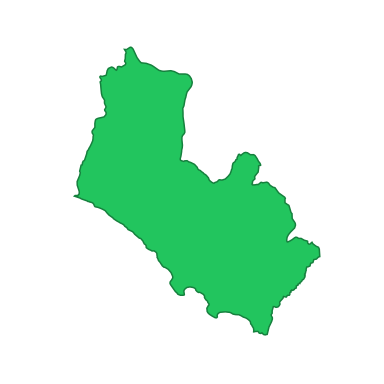 Kaur, Bengkulu, Indonesia (Equal Earth projection), rotated 351°
{"feature_id": "22746128B79405855452274", "entity_name": "Kaur", "entity_type": "district", "adm_level": 2, "iso_a3": "IDN", "parent_name": "Indonesia", "parent_adm1": "Bengkulu", "projection": "equal_earth", "projection_center": [103.389, -4.591], "detail": "fine", "context": "isolated", "style": "filled", "palette": "green", "viewbox_px": 384, "rotation_deg": 351, "n_neighbors": 0, "source": "geoboundaries", "source_scale": "gbopen_adm2", "svg_char_len": 6049}
<svg xmlns="http://www.w3.org/2000/svg" viewBox="0 0 384 384"><g transform="rotate(351 192 192)"><path d="M75.2,177.7L80.5,180.5L81.5,181.4L87.2,184.5L87.7,185.1L89.1,185.5L89.6,186.0L90.1,186.1L91.9,187.0L92.5,187.7L93.1,188.8L93.5,190.6L94.0,191.4L96.6,192.4L98.1,193.2L101.1,195.1L103.4,196.9L104.8,199.4L106.4,201.8L109.9,205.2L110.2,206.0L113.3,208.9L115.8,210.8L116.2,211.3L117.4,212.0L118.9,213.2L119.6,214.0L120.3,215.4L122.0,217.0L123.0,219.1L127.0,221.8L127.9,223.0L128.7,224.6L132.1,228.6L132.7,229.3L134.1,229.9L136.0,233.0L136.2,234.2L136.5,234.7L136.6,235.6L137.9,236.9L138.3,237.7L138.1,239.6L138.2,239.9L139.7,241.4L140.8,242.3L142.0,242.9L142.8,243.7L143.4,244.0L145.4,244.2L147.1,245.9L147.7,247.2L147.5,248.8L147.6,250.1L147.3,251.2L147.8,252.3L148.2,254.5L149.5,256.5L150.2,258.3L150.8,259.2L150.9,260.0L152.4,261.8L153.7,262.3L156.4,264.6L158.7,268.3L159.6,271.8L159.7,272.9L159.5,273.9L158.1,275.7L156.5,277.2L156.1,278.2L156.0,279.1L156.5,280.5L160.0,287.7L161.4,289.4L161.9,290.6L163.0,291.4L164.5,292.2L167.4,292.6L168.3,292.4L168.4,292.0L168.4,289.8L168.5,288.3L169.1,287.5L169.9,286.7L172.0,285.5L175.1,285.4L178.2,286.5L179.5,287.3L180.3,288.2L180.4,289.5L181.4,291.1L182.6,292.2L184.0,292.3L185.0,293.0L187.2,294.9L188.0,296.4L188.1,297.1L187.8,297.7L188.1,299.0L188.9,300.7L190.2,302.2L190.3,302.6L190.4,303.7L191.3,305.2L191.2,306.1L190.9,306.4L190.6,306.4L189.5,307.9L189.0,308.4L188.5,309.2L188.3,312.5L189.2,314.4L190.3,315.7L192.5,317.7L195.2,319.8L196.4,320.1L196.8,320.0L197.5,319.4L197.5,317.9L198.3,316.5L199.5,315.7L201.0,315.2L206.2,315.6L208.7,316.3L210.3,316.7L211.8,317.6L213.4,319.0L215.8,319.9L219.2,320.6L221.4,322.1L223.0,323.5L225.3,324.7L226.7,325.8L228.1,327.3L229.3,329.0L229.4,331.5L230.4,333.2L230.5,334.0L231.4,336.0L231.4,338.3L231.1,339.3L231.0,339.8L231.4,339.9L231.9,339.6L235.3,340.0L235.6,340.3L236.3,341.9L237.9,342.5L239.0,342.0L239.7,343.1L240.8,344.2L242.3,344.6L242.9,344.3L243.5,344.5L244.0,344.4L246.9,337.4L250.3,332.5L251.5,330.1L251.7,328.5L251.0,326.7L251.0,325.6L252.2,324.3L252.6,321.8L254.4,317.9L255.5,318.1L256.6,318.9L257.5,319.1L259.1,318.9L260.5,317.8L261.4,316.4L261.2,315.3L261.6,314.1L265.2,311.2L266.0,309.5L268.5,310.5L268.9,310.4L269.7,309.3L270.4,309.0L271.9,309.2L272.5,308.7L273.0,306.6L274.2,306.2L274.0,305.3L274.1,305.1L274.7,304.9L275.1,304.5L275.5,304.9L276.1,304.7L276.6,304.8L277.1,304.3L277.7,304.4L278.6,303.3L279.7,303.3L280.2,302.2L280.3,301.1L282.2,300.5L282.2,299.7L282.9,299.6L283.7,299.0L284.3,299.2L284.4,298.4L286.2,297.5L287.4,295.9L288.4,295.8L290.2,293.6L290.4,293.1L290.2,292.6L290.2,292.2L290.8,291.8L290.8,291.4L290.4,290.7L291.5,289.7L291.7,288.7L292.5,287.3L292.6,286.3L293.5,284.2L293.9,283.9L294.7,284.1L297.0,283.5L298.0,281.0L300.4,280.6L301.7,277.8L304.4,277.7L306.7,276.0L308.1,275.8L308.8,268.3L308.3,266.4L305.9,264.8L303.4,262.2L302.9,261.2L302.7,260.4L302.1,260.6L300.8,261.7L299.9,261.9L299.3,261.8L298.4,260.8L298.3,260.1L298.5,258.9L298.4,258.6L295.2,257.1L292.5,254.9L290.1,254.5L288.4,253.1L287.3,252.9L286.1,253.3L283.3,254.8L281.3,255.6L278.9,256.3L278.3,256.2L277.9,255.1L278.3,253.2L278.9,251.5L280.5,249.3L282.8,247.2L287.7,243.6L289.0,241.0L289.1,239.5L288.8,238.2L286.8,233.9L287.4,229.0L286.6,227.8L285.7,220.8L285.4,220.1L284.4,219.4L282.1,217.1L282.5,215.3L282.5,214.2L283.2,212.9L282.7,211.6L277.6,206.6L276.4,204.4L274.6,200.7L272.7,199.9L270.1,197.5L268.9,195.1L267.5,194.0L263.2,194.0L262.4,193.4L261.5,193.3L258.4,195.1L257.6,194.7L255.2,194.8L253.0,194.5L252.6,194.0L252.5,193.4L253.2,192.6L253.2,191.5L254.2,190.2L256.2,188.9L256.2,186.7L257.3,185.5L259.9,183.1L260.2,183.0L260.7,181.8L261.8,178.1L261.7,177.9L261.9,176.6L263.9,176.4L264.0,175.5L263.5,173.9L262.4,172.0L261.6,169.4L260.0,165.9L258.8,164.8L255.5,164.3L253.0,162.0L251.2,161.3L249.7,161.4L247.3,162.6L245.9,163.6L244.9,162.2L243.8,162.2L243.1,163.5L242.0,164.9L241.7,166.5L240.5,166.9L239.2,168.8L237.4,169.7L236.8,170.4L235.9,172.6L235.3,175.1L234.5,176.2L233.9,177.6L232.5,180.0L230.2,182.1L226.9,184.4L223.7,184.9L222.9,184.8L221.0,184.2L220.0,184.5L219.6,185.0L218.2,185.9L216.1,186.2L215.4,186.7L214.9,186.8L213.0,185.5L211.1,183.3L210.7,182.3L210.5,180.7L208.7,177.7L207.7,176.7L206.6,175.8L205.9,174.6L204.5,173.4L203.7,172.2L201.9,171.0L201.3,169.9L201.0,168.4L198.8,165.1L195.3,162.6L193.5,161.7L192.0,160.3L189.6,160.1L188.7,160.5L186.9,159.7L185.7,158.9L185.5,158.1L185.6,157.3L186.7,154.7L188.0,150.7L188.4,148.9L189.3,146.7L189.9,144.2L190.0,142.0L190.2,138.9L190.6,136.4L191.5,134.8L193.4,133.2L194.3,131.8L194.5,129.8L194.8,123.0L194.9,116.3L195.5,112.4L196.0,107.9L197.5,105.6L199.5,99.7L200.6,97.6L201.8,94.5L202.6,92.8L203.0,92.2L207.4,88.0L208.5,86.3L209.3,84.2L209.4,83.1L209.0,79.9L207.8,77.2L207.1,76.3L205.8,75.1L203.7,74.4L197.8,73.5L193.4,70.3L190.1,68.9L183.1,68.4L181.5,68.0L180.2,67.5L178.3,66.6L173.6,62.0L171.6,60.3L167.0,57.8L162.2,56.5L161.6,55.9L160.7,54.6L158.7,50.6L156.2,41.7L155.2,40.1L154.3,39.4L153.2,39.5L149.7,41.1L147.6,40.6L148.7,43.3L148.6,44.6L147.8,45.5L146.9,50.0L146.2,51.5L145.9,52.5L146.7,54.0L146.6,55.0L145.9,55.9L141.9,57.5L140.2,56.7L139.0,56.5L138.0,56.8L136.9,59.5L136.3,59.9L135.6,59.3L134.4,57.6L133.3,56.6L132.4,56.1L131.9,56.0L128.7,56.9L127.2,58.9L126.0,62.1L125.4,63.3L121.6,63.8L119.7,63.2L119.1,63.7L119.0,64.5L119.9,66.5L120.0,67.4L119.6,68.2L118.7,68.6L118.5,69.3L118.6,71.4L118.2,76.8L118.0,80.6L118.2,83.0L118.4,84.0L119.6,86.6L120.0,87.9L119.6,89.4L119.5,90.9L120.4,94.1L120.1,95.2L118.6,97.0L118.6,97.9L119.6,99.9L119.3,101.7L119.1,102.1L116.8,104.1L110.8,104.5L108.9,105.0L108.1,105.6L107.6,106.6L106.8,109.1L106.2,113.0L103.1,115.9L102.7,116.9L102.7,118.2L103.6,120.3L103.0,121.8L102.6,123.8L101.9,125.9L100.6,128.0L98.5,131.1L97.2,132.6L96.3,134.0L94.8,135.4L93.9,137.9L91.0,143.5L90.3,144.2L89.2,144.6L88.6,145.9L88.2,146.3L88.3,146.8L87.8,148.0L86.7,148.1L84.3,153.9L84.7,155.5L83.6,158.2L80.2,163.7L79.7,167.3L80.7,173.6L80.5,175.3L80.2,176.5L79.4,176.7L78.6,178.0L77.6,177.4L76.0,177.2L75.2,177.7Z" fill="#22c55e" stroke="#15803d" stroke-width="1.5"/></g></svg>